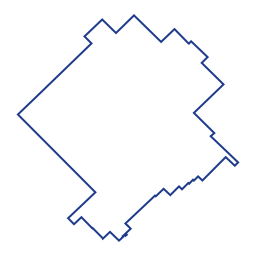 Pehuajó, Buenos Aires, Argentina (Robinson projection)
{"feature_id": "61730980B33030242655186", "entity_name": "Pehuajó", "entity_type": "district", "adm_level": 2, "iso_a3": "ARG", "parent_name": "Argentina", "parent_adm1": "Buenos Aires", "projection": "robinson", "projection_center": [-61.837, -35.91], "detail": "fine", "context": "isolated", "style": "outline", "palette": "blue", "viewbox_px": 256, "rotation_deg": 0, "n_neighbors": 0, "source": "geoboundaries", "source_scale": "gbopen_adm2", "svg_char_len": 762}
<svg xmlns="http://www.w3.org/2000/svg" viewBox="0 0 256 256"><path d="M174.5,29.1L161.1,41.9L134.0,15.4L116.0,33.0L102.2,19.5L84.5,36.4L91.5,43.4L38.8,94.4L17.9,114.5L95.4,192.3L68.1,218.2L74.0,224.2L81.4,217.2L92.4,228.4L92.7,228.1L102.4,237.9L102.8,238.7L110.0,231.9L119.0,240.6L123.2,236.8L122.7,236.2L124.3,234.8L125.4,235.9L126.8,234.7L125.6,233.5L130.7,228.7L127.8,225.7L127.7,225.8L125.4,223.5L155.0,195.6L155.8,196.3L163.6,188.8L170.3,195.1L179.0,186.4L182.0,189.3L188.3,183.0L189.1,183.8L193.0,179.7L193.9,180.6L198.1,176.4L202.4,180.5L225.7,157.1L234.8,165.7L238.1,162.4L233.5,158.0L210.7,136.2L214.3,133.1L193.9,112.9L223.5,84.4L201.7,62.9L207.6,57.1L191.1,41.3L188.9,43.6L187.8,42.7L174.5,29.1Z" fill="none" stroke="#1e3a8a" stroke-width="2"/></svg>